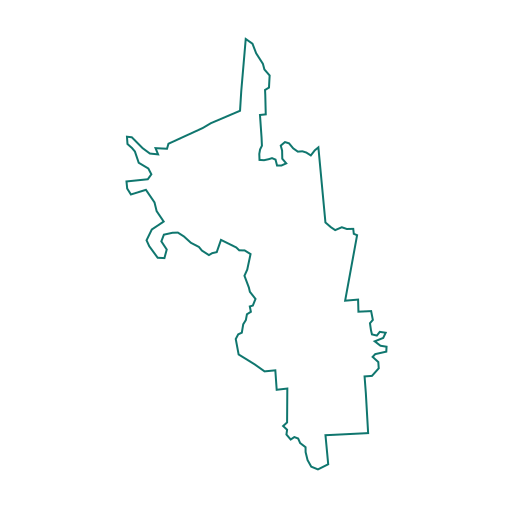 the district of Viadutos, Rio Grande do Sul, Brazil, rotated 176°
{"feature_id": "56859067B3456696315271", "entity_name": "Viadutos", "entity_type": "district", "adm_level": 2, "iso_a3": "BRA", "parent_name": "Brazil", "parent_adm1": "Rio Grande do Sul", "projection": "equal_earth", "projection_center": [-51.984, -27.576], "detail": "fine", "context": "isolated", "style": "outline", "palette": "teal", "viewbox_px": 512, "rotation_deg": 176, "n_neighbors": 0, "source": "geoboundaries", "source_scale": "gbopen_adm2", "svg_char_len": 2009}
<svg xmlns="http://www.w3.org/2000/svg" viewBox="0 0 512 512"><g transform="rotate(176 256 256)"><path d="M229.8,435.1L234.6,441.5L235.7,447.2L241.7,458.2L244.7,468.0L251.1,473.2L259.2,421.6L261.8,402.0L291.6,391.7L300.2,387.4L335.5,374.1L337.3,369.2L348.7,370.6L346.6,364.2L354.7,365.6L361.6,371.5L371.6,383.1L376.4,384.0L376.4,376.7L372.2,372.4L369.5,368.7L366.5,357.2L357.3,350.8L354.7,344.8L358.6,340.1L380.0,339.4L379.8,332.3L376.5,326.1L361.2,329.7L353.5,316.5L352.0,307.7L345.7,296.8L358.1,289.7L364.1,279.3L361.8,273.2L354.2,261.1L347.5,260.3L344.6,268.7L349.4,277.2L346.4,283.7L337.7,285.0L332.3,284.8L326.5,280.5L320.0,273.7L312.3,269.0L309.6,265.2L302.9,260.2L299.5,261.9L294.9,262.6L289.8,274.5L275.1,265.9L272.3,262.8L267.0,262.4L261.3,258.3L265.7,243.0L268.9,237.1L265.3,225.0L264.6,220.7L259.5,213.2L262.6,206.8L265.7,206.1L265.0,200.7L269.1,198.5L270.6,192.8L273.5,188.8L275.5,180.5L279.2,179.1L282.0,174.6L280.2,159.0L264.9,148.0L255.5,140.3L244.7,140.6L244.7,133.2L244.7,121.1L234.0,121.6L236.6,87.8L240.8,84.5L237.1,80.5L238.1,75.8L234.2,70.5L230.4,72.7L226.7,71.0L225.0,66.3L219.9,61.8L220.2,56.9L218.8,48.8L215.6,42.0L209.1,38.8L198.5,43.2L199.2,72.4L191.2,72.2L156.5,71.5L156.0,111.3L156.1,128.3L148.7,128.3L141.4,135.4L141.4,141.7L146.7,147.2L143.9,149.8L132.7,151.5L132.1,156.4L138.1,157.8L143.5,162.6L134.8,165.4L132.0,170.4L137.8,171.7L141.0,168.2L145.8,169.7L146.5,174.1L147.0,181.0L143.9,184.1L145.0,193.0L157.7,193.3L157.2,205.4L170.2,205.2L153.7,269.7L156.9,271.3L157.1,276.3L163.5,276.6L168.4,278.7L175.2,276.3L179.4,279.6L184.4,284.6L186.2,360.0L190.0,357.3L194.3,352.5L198.6,355.7L202.4,357.2L207.0,357.2L211.4,360.8L215.2,366.1L219.2,367.6L223.6,364.4L222.6,359.3L223.0,351.2L219.4,346.3L224.3,344.5L228.7,344.8L229.8,350.8L233.2,352.5L236.5,351.7L241.3,351.0L245.8,351.6L245.6,357.6L244.5,362.0L242.4,365.6L242.2,373.7L242.2,388.8L242.2,396.4L236.4,396.6L235.5,416.2L235.4,421.0L231.3,423.1L230.5,429.6L229.8,435.1Z" fill="none" stroke="#0f766e" stroke-width="2"/></g></svg>